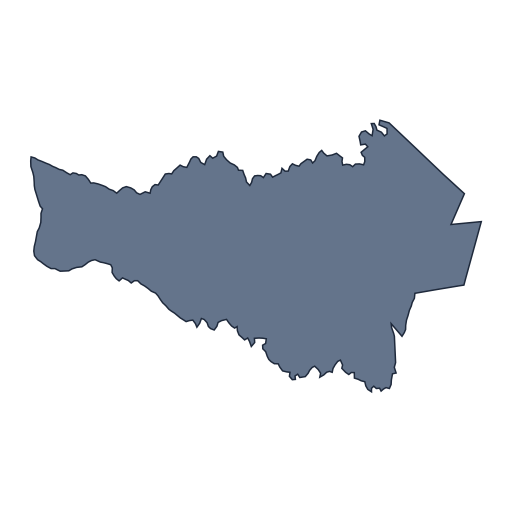 outline of Nossa Senhora da Glória, Sergipe, Brazil
{"feature_id": "56859067B27700836556766", "entity_name": "Nossa Senhora da Glória", "entity_type": "district", "adm_level": 2, "iso_a3": "BRA", "parent_name": "Brazil", "parent_adm1": "Sergipe", "projection": "natural_earth1", "projection_center": [-37.571, -10.185], "detail": "fine", "context": "isolated", "style": "filled", "palette": "slate", "viewbox_px": 512, "rotation_deg": 0, "n_neighbors": 0, "source": "geoboundaries", "source_scale": "gbopen_adm2", "svg_char_len": 4032}
<svg xmlns="http://www.w3.org/2000/svg" viewBox="0 0 512 512"><path d="M210.6,328.6L214.2,330.0L216.9,326.3L218.1,322.4L221.6,320.6L226.5,319.4L229.0,323.0L231.6,326.0L234.6,328.1L237.1,326.6L237.4,330.8L239.0,334.9L241.8,337.3L244.6,339.9L247.7,338.0L249.5,341.4L251.3,346.5L254.7,342.5L254.4,338.3L259.0,338.0L262.7,338.2L266.3,338.8L265.6,343.5L262.6,345.2L262.8,348.8L265.7,351.7L267.3,356.4L268.8,359.4L271.0,361.6L274.3,363.7L278.2,363.8L279.8,367.1L282.6,370.9L286.7,371.9L290.0,372.3L289.4,376.3L292.3,379.7L295.4,379.4L295.0,376.0L297.7,374.2L299.8,377.5L305.3,376.6L308.1,373.3L309.6,370.4L312.2,367.4L314.7,366.2L318.2,369.5L320.6,373.2L319.8,377.2L323.8,374.9L326.7,372.2L329.5,371.4L332.2,372.3L333.0,368.5L335.1,364.8L337.7,361.4L340.4,360.1L342.6,365.0L341.8,368.3L345.6,372.3L348.8,374.5L351.3,372.5L354.3,372.6L354.4,378.1L358.2,379.3L361.2,380.8L364.8,381.7L365.8,385.9L367.8,389.4L371.5,391.8L371.5,388.3L373.8,386.2L376.3,388.5L379.6,388.2L381.1,391.1L383.5,389.0L386.0,387.6L389.4,388.5L391.1,384.5L391.4,379.8L392.5,373.8L396.1,373.0L394.3,367.3L395.6,362.6L394.4,336.3L393.6,333.2L391.6,327.6L391.2,323.7L402.0,336.3L404.3,332.6L405.6,329.5L405.7,325.3L406.5,320.1L408.0,315.6L409.4,310.3L411.3,306.0L412.2,302.5L414.4,298.3L414.9,293.3L436.3,289.6L459.9,285.7L463.9,285.1L465.7,278.3L481.3,221.6L451.0,224.5L464.4,193.7L442.9,174.0L415.9,148.3L389.1,122.9L379.9,120.2L379.0,124.8L382.9,126.5L387.0,128.4L387.1,133.9L384.4,135.9L381.4,132.2L376.9,130.1L376.0,126.7L374.2,123.5L371.3,123.6L373.1,129.3L372.1,135.7L369.3,134.1L365.4,130.8L361.5,132.0L359.0,136.3L360.2,141.8L360.7,144.9L365.4,144.1L367.8,146.8L364.2,149.7L361.1,152.3L362.4,155.4L364.7,157.3L364.8,161.5L363.6,164.8L359.4,163.9L355.4,164.1L352.7,166.7L349.8,164.7L346.4,164.3L342.7,165.1L342.0,161.5L342.5,157.9L339.8,155.9L336.5,153.3L332.1,155.0L327.0,155.9L323.7,153.1L321.7,150.4L319.2,152.5L316.8,156.3L315.0,160.7L312.6,163.0L310.7,159.9L307.1,159.2L303.7,161.7L301.0,163.6L299.0,166.2L295.5,165.3L292.4,163.8L289.9,166.5L288.2,171.1L285.1,171.2L282.0,168.3L280.9,172.9L277.9,174.5L275.2,175.8L272.6,177.2L270.5,174.2L266.1,173.5L263.4,177.6L260.7,175.7L257.7,175.5L254.6,175.9L252.5,178.7L251.6,182.4L249.8,185.5L246.5,182.0L245.6,177.9L244.1,174.5L242.7,170.4L238.5,170.2L237.4,167.4L234.3,164.9L230.2,163.0L226.6,159.8L223.7,156.3L222.8,152.1L218.4,151.4L216.6,156.1L212.7,158.2L209.9,155.7L206.6,159.2L204.7,164.6L200.8,162.5L198.7,158.4L196.3,156.8L193.1,156.8L190.9,159.0L189.6,161.9L186.8,167.4L183.2,166.7L180.1,165.1L177.0,167.9L173.8,170.7L171.7,173.9L168.9,173.5L165.3,174.0L162.1,179.0L159.9,182.4L158.2,185.0L155.0,184.6L152.3,186.7L150.8,189.7L150.1,193.2L145.2,191.8L140.0,194.4L136.6,192.8L134.2,189.9L130.8,187.9L126.3,186.6L122.6,187.9L119.7,190.4L116.7,193.2L113.2,190.6L109.2,189.2L105.6,186.7L102.3,185.4L98.0,183.9L93.7,182.9L90.8,183.1L88.3,179.3L85.4,175.9L81.8,174.7L78.7,175.0L76.4,173.5L72.9,172.9L70.2,174.7L66.6,172.7L62.8,170.2L59.2,169.4L55.7,167.6L52.7,166.4L49.4,164.5L46.0,163.2L42.1,161.5L37.9,159.9L34.9,158.0L31.1,156.9L30.7,160.9L30.9,166.6L32.8,172.3L33.8,176.5L34.2,182.2L34.3,185.7L34.9,189.5L36.3,194.0L38.5,201.2L40.2,206.2L42.5,208.8L41.0,213.4L41.0,217.4L40.8,222.4L39.2,228.0L37.3,231.6L36.7,234.9L35.5,241.6L34.3,246.4L33.8,251.1L34.5,255.7L37.6,259.7L40.8,261.7L43.3,263.7L46.9,266.3L51.1,268.6L55.0,268.6L57.5,269.9L60.2,271.2L64.8,271.0L68.8,270.8L72.0,268.9L76.6,267.4L81.9,266.8L85.2,264.6L88.3,262.1L91.5,260.5L95.1,259.7L97.7,260.9L100.4,262.1L103.2,262.6L106.3,263.4L110.7,264.7L112.3,267.8L112.1,272.5L114.3,276.2L116.3,278.7L119.1,280.9L122.5,277.9L125.3,279.2L128.3,280.5L131.2,283.0L134.4,280.7L137.7,280.7L140.9,283.9L144.5,285.9L148.0,288.4L151.3,291.2L155.6,293.1L158.0,295.8L160.5,299.7L162.7,302.8L165.9,305.8L168.9,309.3L171.5,311.2L174.5,313.1L177.5,315.6L180.4,318.0L183.5,319.9L186.1,321.6L189.4,320.6L192.8,320.1L195.4,323.6L196.9,327.2L199.7,323.2L201.4,318.5L204.2,319.5L207.1,322.7L208.4,326.5L210.6,328.6Z" fill="#64748b" stroke="#1e293b" stroke-width="1.5"/></svg>